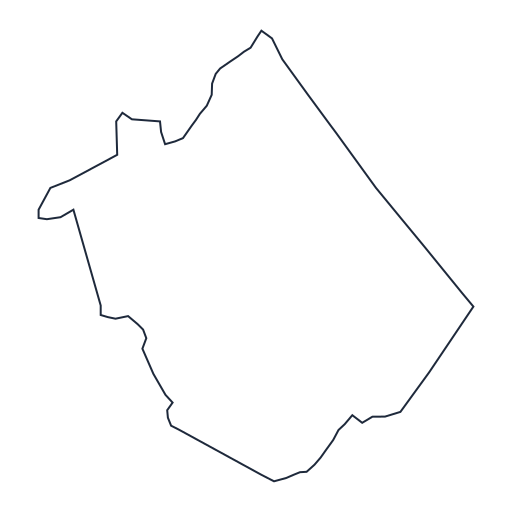 Amaraji, Pernambuco, Brazil (Mercator projection)
{"feature_id": "56859067B36285576178604", "entity_name": "Amaraji", "entity_type": "district", "adm_level": 2, "iso_a3": "BRA", "parent_name": "Brazil", "parent_adm1": "Pernambuco", "projection": "mercator", "projection_center": [-35.48, -8.359], "detail": "fine", "context": "isolated", "style": "outline", "palette": "slate", "viewbox_px": 512, "rotation_deg": 0, "n_neighbors": 0, "source": "geoboundaries", "source_scale": "gbopen_adm2", "svg_char_len": 1017}
<svg xmlns="http://www.w3.org/2000/svg" viewBox="0 0 512 512"><path d="M272.0,38.4L261.4,30.7L257.5,36.5L250.6,47.7L244.0,51.7L238.0,56.3L230.4,61.4L220.1,68.5L215.7,73.9L212.1,83.6L211.7,94.8L206.8,105.7L199.9,113.8L195.9,120.0L191.9,125.4L183.0,138.1L175.1,141.4L165.1,144.2L161.1,132.0L160.0,121.4L131.9,119.3L122.4,112.8L116.2,121.4L117.2,154.8L69.7,180.3L50.4,187.9L38.6,209.7L38.6,218.0L46.9,219.2L60.5,217.2L73.4,209.7L100.7,305.5L100.7,315.0L107.8,317.1L115.5,318.7L128.1,316.1L137.8,324.3L143.1,329.6L146.3,338.2L142.4,348.7L153.4,373.9L165.5,394.9L172.6,402.6L167.2,410.2L167.9,417.7L171.1,425.7L178.6,429.5L261.4,474.8L274.0,481.3L286.2,478.0L293.6,474.8L300.0,472.2L306.6,471.8L314.5,464.7L320.6,457.6L325.9,450.1L333.2,440.0L338.5,430.0L344.7,424.2L352.3,415.2L362.2,422.8L372.4,416.7L385.0,416.6L400.4,411.9L429.1,372.4L473.4,306.6L461.9,292.8L424.1,246.3L401.4,218.8L375.9,187.8L336.2,133.0L330.3,125.1L308.0,94.8L300.9,85.0L282.3,59.3L272.0,38.4Z" fill="none" stroke="#1e293b" stroke-width="2"/></svg>